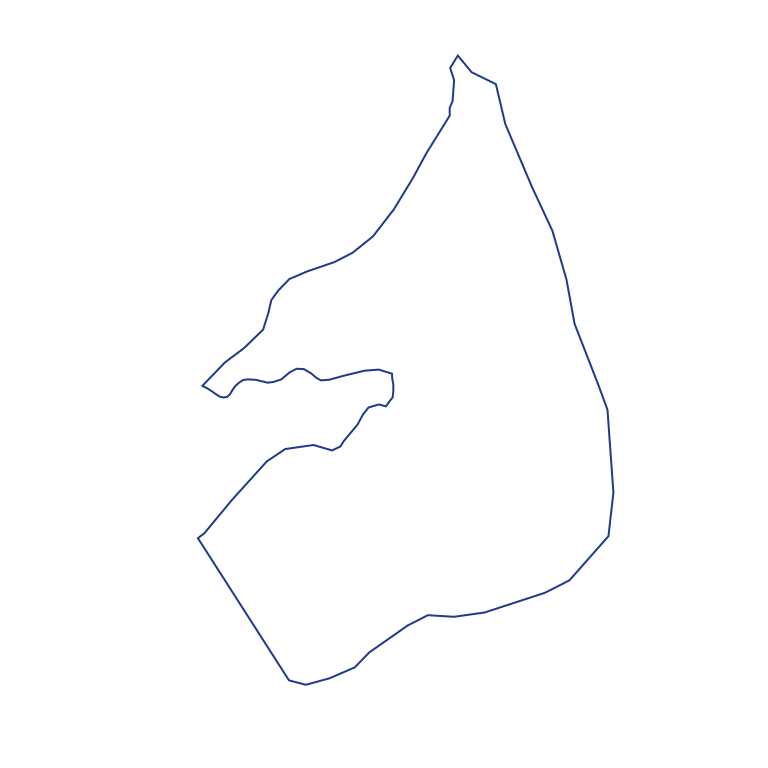 Morne Citon, Dauphin, Saint Lucia, rotated 333°
{"feature_id": "8701671B41674368745419", "entity_name": "Morne Citon", "entity_type": "district", "adm_level": 2, "iso_a3": "LCA", "parent_name": "Saint Lucia", "parent_adm1": "Dauphin", "projection": "mercator", "projection_center": [-60.929, 14.031], "detail": "fine", "context": "isolated", "style": "outline", "palette": "blue", "viewbox_px": 768, "rotation_deg": 333, "n_neighbors": 0, "source": "geoboundaries", "source_scale": "gbopen_adm2", "svg_char_len": 1762}
<svg xmlns="http://www.w3.org/2000/svg" viewBox="0 0 768 768"><g transform="rotate(333 384 384)"><path d="M562.5,529.5L571.4,508.5L574.6,481.9L581.1,417.0L594.0,373.8L603.6,323.9L605.3,275.7L610.1,207.5L619.8,167.6L603.6,146.0L598.9,124.9L596.5,126.3L586.4,132.5L585.0,141.5L584.4,145.1L582.8,147.8L573.3,163.4L568.0,167.6L564.4,174.7L546.9,185.3L527.2,197.2L510.8,208.4L504.1,213.1L472.0,232.9L441.1,247.5L422.3,251.4L415.4,252.8L394.9,252.8L366.6,248.8L347.4,247.5L338.3,250.6L332.0,252.8L321.7,258.1L318.8,261.5L312.7,268.7L301.1,280.6L278.8,287.5L275.4,288.5L273.8,288.8L252.3,292.5L236.4,298.0L233.0,299.1L230.5,300.0L221.3,303.2L224.0,306.9L225.8,309.6L227.9,313.5L229.1,315.8L231.0,319.1L232.1,320.9L233.0,321.6L234.9,323.2L238.5,324.2L242.2,323.2L243.3,322.5L245.9,320.8L248.6,319.3L250.5,318.3L254.3,317.3L255.9,316.9L260.5,316.5L263.0,317.4L265.0,318.2L267.0,319.4L271.7,322.1L276.7,326.4L277.6,327.0L280.7,329.9L283.4,330.9L286.1,331.9L294.4,333.3L305.1,330.8L312.9,330.7L314.4,331.5L319.3,334.3L322.7,339.6L323.8,341.2L326.3,347.3L328.8,351.2L329.4,352.1L337.0,355.3L352.9,358.6L372.7,363.3L385.9,368.8L390.7,373.5L395.8,378.4L394.8,380.8L393.8,382.9L392.2,388.4L388.8,395.1L388.2,395.9L385.6,399.9L381.1,401.9L375.6,404.8L370.2,399.9L364.8,398.9L359.5,397.9L353.8,400.6L351.3,401.7L348.7,403.5L342.1,408.1L336.3,410.6L322.4,416.5L320.9,417.4L316.7,419.9L307.5,419.6L306.3,418.4L293.4,406.3L266.4,397.1L247.5,399.4L244.6,399.7L240.1,401.4L195.8,418.3L157.6,434.8L156.0,435.5L150.7,436.4L148.2,436.9L164.8,604.9L174.4,613.5L177.8,616.5L196.1,620.3L202.0,621.5L229.4,623.2L248.8,616.5L295.5,609.9L318.1,609.9L340.7,623.2L369.7,633.2L432.7,643.1L460.1,643.1L514.9,621.5L539.1,584.9L562.5,529.5Z" fill="none" stroke="#1e3a8a" stroke-width="2"/></g></svg>